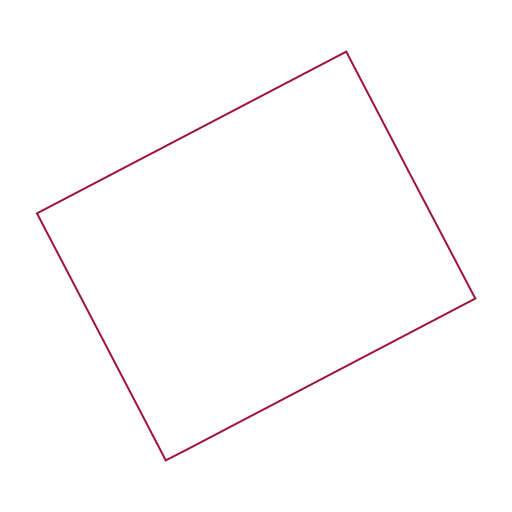 Dade, Missouri, United States of America (Albers equal-area conic projection), rotated 331°
{"feature_id": "52423323B68885039178612", "entity_name": "Dade", "entity_type": "district", "adm_level": 2, "iso_a3": "USA", "parent_name": "United States of America", "parent_adm1": "Missouri", "projection": "albers", "projection_center": [-93.847, 37.432], "detail": "fine", "context": "isolated", "style": "outline", "palette": "rose", "viewbox_px": 512, "rotation_deg": 331, "n_neighbors": 0, "source": "geoboundaries", "source_scale": "gbopen_adm2", "svg_char_len": 259}
<svg xmlns="http://www.w3.org/2000/svg" viewBox="0 0 512 512"><g transform="rotate(331 256 256)"><path d="M430.4,260.2L434.0,121.0L85.1,112.5L79.5,335.0L78.0,391.0L102.0,391.8L427.2,399.5L430.4,260.2Z" fill="none" stroke="#9f1239" stroke-width="2"/></g></svg>